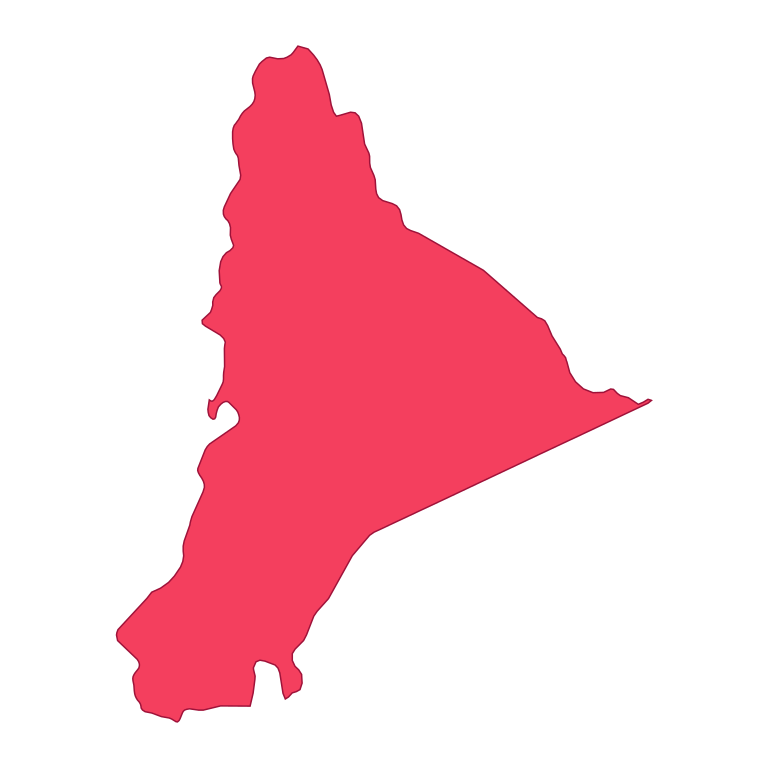 outline of Morona Santiago
{"feature_id": "ECU-1285", "entity_name": "Morona Santiago", "entity_type": "Province", "adm_level": 1, "iso_a3": "ECU", "parent_name": "Ecuador", "parent_adm1": "", "projection": "equal_earth", "projection_center": [-78.23, -2.513], "detail": "fine", "context": "isolated", "style": "filled", "palette": "rose", "viewbox_px": 768, "rotation_deg": 0, "n_neighbors": 0, "source": "natural_earth", "source_scale": "10m", "svg_char_len": 3553}
<svg xmlns="http://www.w3.org/2000/svg" viewBox="0 0 768 768"><path d="M651.5,400.4L648.0,403.2L626.3,413.4L596.7,427.4L567.1,441.3L537.5,455.2L507.9,469.2L478.4,483.1L448.8,497.1L419.2,511.0L389.6,524.9L383.1,528.0L374.0,532.2L369.6,535.3L352.3,555.7L328.5,598.6L317.1,611.3L313.8,616.1L306.5,634.9L303.6,640.5L295.1,649.1L292.3,653.6L292.3,660.5L295.0,666.3L298.7,669.8L301.6,674.4L302.1,683.1L300.0,689.6L296.4,691.6L292.2,692.9L288.5,697.0L285.3,699.0L283.0,693.3L279.8,672.9L278.0,668.1L275.1,665.0L264.9,661.1L259.9,660.2L256.0,661.8L253.4,667.8L253.6,669.8L255.1,676.1L254.9,679.5L253.1,693.2L250.1,706.1L249.9,706.1L220.6,705.9L203.3,710.1L198.6,710.1L189.5,708.8L186.7,709.3L184.5,710.1L183.3,711.3L182.5,712.7L180.1,718.6L179.1,720.5L177.5,721.9L176.0,721.7L171.8,719.1L169.3,718.0L161.4,716.6L151.7,713.0L145.1,711.7L142.5,710.0L141.2,708.1L140.9,705.8L140.4,704.0L139.3,702.1L137.4,699.9L136.2,697.9L135.3,695.9L134.7,693.7L134.3,690.9L133.9,685.2L133.0,680.8L132.8,678.6L133.1,676.6L134.0,674.6L135.2,672.7L137.8,669.5L138.9,667.9L139.4,665.9L139.4,664.0L138.7,661.7L137.2,659.3L117.6,640.6L116.5,635.0L116.9,632.6L118.0,629.6L146.9,598.4L151.7,592.2L160.5,588.2L168.6,582.4L174.4,576.1L180.5,567.1L182.8,561.5L183.7,555.8L183.2,551.1L183.2,546.1L184.2,541.0L189.8,525.2L190.4,521.9L191.9,516.7L203.0,492.0L204.4,487.4L204.3,484.4L203.4,481.3L201.8,478.2L199.8,475.3L198.4,472.7L197.7,470.5L197.9,468.4L205.2,449.9L207.3,446.5L209.7,443.9L235.7,425.9L238.3,422.9L239.3,420.2L239.4,417.5L238.8,414.9L237.8,412.1L236.3,409.8L228.9,402.4L227.4,401.5L225.4,401.5L223.1,402.4L220.9,404.1L218.4,406.9L217.1,410.3L216.2,413.7L215.7,417.1L214.7,418.8L213.0,419.2L210.8,417.8L209.0,415.6L208.2,412.3L207.9,409.3L209.3,399.9L211.0,401.1L211.7,401.1L212.5,401.1L213.3,400.5L214.3,399.6L216.7,395.6L222.3,384.1L223.2,381.8L223.5,379.1L223.5,375.4L223.7,372.4L224.6,366.6L224.4,348.6L224.8,345.0L225.3,342.1L223.7,338.5L220.2,335.0L205.5,326.2L202.4,323.7L202.1,320.2L210.4,312.4L211.6,309.4L212.8,305.3L212.7,302.0L213.8,297.6L216.1,294.6L220.1,290.6L221.4,288.1L221.4,286.2L220.5,284.6L219.9,282.9L219.2,270.6L220.7,261.7L223.0,256.6L226.4,252.7L230.0,250.6L232.9,247.7L233.6,245.3L231.3,239.2L230.3,235.2L230.5,227.6L229.5,223.6L227.8,220.6L226.0,219.0L224.3,216.6L223.4,214.1L223.3,210.3L224.3,206.9L230.6,193.4L240.1,179.4L240.7,175.2L239.0,165.6L238.3,158.1L237.4,155.5L236.1,153.8L235.0,151.9L233.8,149.1L233.0,143.9L232.6,138.6L232.6,131.8L233.2,128.2L234.3,125.3L235.8,123.5L237.1,121.6L238.7,119.5L240.5,116.0L242.3,113.3L244.4,110.9L249.9,106.6L252.1,104.3L253.9,101.5L254.8,98.7L255.2,95.2L254.8,92.0L252.6,83.1L252.5,78.7L253.1,76.1L255.4,71.2L259.4,64.1L261.9,61.6L266.4,58.0L269.7,57.2L277.7,58.8L283.7,58.5L287.1,57.2L291.1,54.8L293.2,52.5L297.9,46.1L308.1,49.0L313.7,55.2L317.2,59.9L320.1,64.8L322.1,69.5L329.3,94.4L331.2,105.0L333.6,112.3L336.4,116.2L340.0,115.3L350.6,112.2L355.1,112.8L358.7,116.2L361.5,123.2L364.6,144.0L368.9,153.2L369.6,156.2L369.7,163.1L370.4,167.5L373.9,175.4L375.2,179.7L375.8,189.2L376.6,193.7L378.6,197.6L382.7,200.6L392.3,203.6L396.6,205.8L399.6,209.7L401.0,214.6L401.9,219.9L403.6,224.9L406.6,228.5L410.5,230.5L418.6,233.3L483.4,270.3L537.4,317.5L541.5,318.8L544.8,320.8L547.7,325.7L552.0,335.9L560.3,349.2L562.3,353.9L564.0,355.6L565.6,357.7L566.4,360.7L566.9,361.9L569.8,372.7L575.5,381.8L583.4,388.9L593.0,392.7L603.6,392.4L610.7,389.0L613.5,389.4L617.3,393.4L620.3,395.6L628.4,397.7L638.3,404.3L643.3,402.2L648.0,399.3L651.3,400.3L651.5,400.4Z" fill="#f43f5e" stroke="#9f1239" stroke-width="1.5"/></svg>